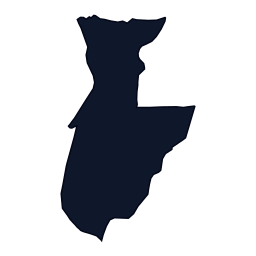 the district of Bendasi, Central Darfur, Sudan
{"feature_id": "16777658B55033891828638", "entity_name": "Bendasi", "entity_type": "district", "adm_level": 2, "iso_a3": "SDN", "parent_name": "Sudan", "parent_adm1": "Central Darfur", "projection": "albers", "projection_center": [22.811, 12.051], "detail": "fine", "context": "isolated", "style": "filled", "palette": "ink", "viewbox_px": 256, "rotation_deg": 0, "n_neighbors": 0, "source": "geoboundaries", "source_scale": "gbopen_adm2", "svg_char_len": 1622}
<svg xmlns="http://www.w3.org/2000/svg" viewBox="0 0 256 256"><path d="M77.3,19.5L78.9,23.5L81.2,28.1L87.9,47.0L87.4,49.5L86.2,54.9L86.6,57.8L87.0,60.5L87.4,62.9L93.4,75.6L94.7,82.5L93.3,88.7L90.4,93.2L85.9,100.2L82.5,105.6L80.8,108.3L74.6,118.2L73.6,119.5L71.9,121.7L71.6,122.1L70.2,124.1L69.7,124.7L69.5,124.9L69.4,125.1L69.2,125.3L69.0,125.5L68.5,126.1L69.6,127.5L70.9,128.0L72.2,127.9L74.2,126.8L76.0,126.1L76.7,126.0L76.8,126.0L76.5,127.2L76.5,127.7L74.3,137.0L67.3,162.5L66.4,166.0L63.1,184.2L61.2,193.6L62.5,208.3L67.2,214.8L67.3,214.9L70.2,219.4L71.6,220.9L73.0,222.5L75.1,224.6L77.1,227.0L79.0,228.6L80.8,230.4L82.8,231.3L84.5,231.9L88.1,232.9L90.1,233.5L93.9,234.8L96.7,235.8L97.4,236.5L98.8,237.8L100.0,238.9L100.8,239.6L101.6,240.6L101.9,239.4L103.1,234.7L106.3,226.1L109.8,219.8L114.5,217.7L128.4,218.2L133.5,213.7L137.9,206.2L147.8,194.2L148.4,189.8L149.4,184.0L150.8,178.2L153.4,174.4L158.5,172.2L160.7,170.3L162.4,158.8L165.4,153.6L171.8,149.4L172.0,147.2L183.0,139.7L185.5,137.8L188.7,127.0L194.8,106.4L194.3,106.1L187.5,106.9L183.4,107.5L176.5,106.8L161.5,107.0L149.6,107.5L142.2,107.5L137.1,107.5L136.5,107.5L136.6,107.1L137.2,104.4L136.6,99.7L136.9,91.6L137.7,85.4L137.7,82.1L138.4,74.9L144.5,69.0L144.3,66.6L143.6,63.5L139.5,59.3L138.3,56.7L138.0,53.2L139.5,48.7L141.7,46.0L146.2,44.0L151.8,41.2L156.3,36.4L161.1,29.0L164.9,21.2L165.4,17.9L165.0,17.5L156.8,20.2L148.2,20.5L136.6,19.9L132.5,18.9L127.3,23.2L122.7,21.2L117.8,22.2L110.9,21.1L104.2,19.4L100.0,18.9L95.4,15.7L93.8,15.4L91.1,17.9L89.3,16.9L86.2,19.2L83.5,17.5L80.4,17.4L77.3,19.5Z" fill="#0f172a" stroke="#020617" stroke-width="1.5"/></svg>